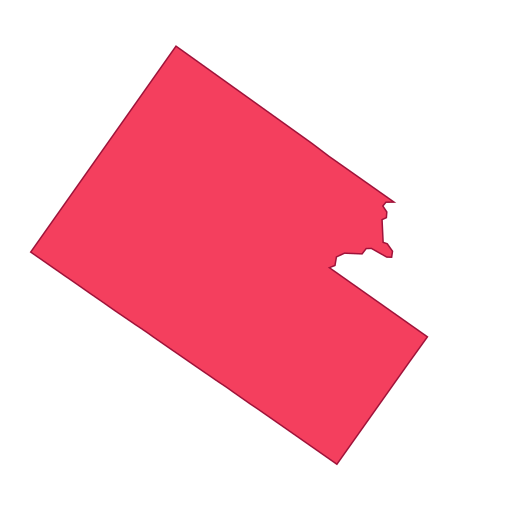 the district of Spokane, Washington, United States of America, rotated 125°
{"feature_id": "52423323B30314962478279", "entity_name": "Spokane", "entity_type": "district", "adm_level": 2, "iso_a3": "USA", "parent_name": "United States of America", "parent_adm1": "Washington", "projection": "orthographic", "projection_center": [-117.293, 47.654], "detail": "fine", "context": "isolated", "style": "filled", "palette": "rose", "viewbox_px": 512, "rotation_deg": 125, "n_neighbors": 0, "source": "geoboundaries", "source_scale": "gbopen_adm2", "svg_char_len": 863}
<svg xmlns="http://www.w3.org/2000/svg" viewBox="0 0 512 512"><g transform="rotate(125 256 256)"><path d="M380.2,70.3L255.0,69.6L223.9,69.2L223.5,189.2L218.4,185.9L210.6,189.6L202.9,185.1L193.4,170.3L186.7,170.0L183.6,165.8L181.9,148.3L179.2,144.2L173.8,146.9L170.7,155.5L171.9,159.7L153.9,173.6L149.8,171.2L144.9,174.1L142.3,180.8L137.4,180.4L132.7,173.9L132.5,253.7L131.7,274.0L130.7,371.2L130.0,441.9L382.0,442.8L381.9,401.1L381.8,392.2L381.8,388.0L381.8,376.6L381.8,370.2L381.7,359.6L381.7,346.1L381.7,339.2L381.4,318.1L381.4,315.7L381.3,313.1L381.1,301.2L381.2,293.6L381.1,270.2L380.9,244.3L380.9,243.5L380.9,241.9L380.8,230.9L380.7,223.2L380.7,217.2L380.6,213.1L380.6,212.6L380.4,205.1L380.4,203.2L380.4,202.5L380.5,196.7L380.5,176.0L380.3,168.1L380.2,111.6L380.2,107.8L380.2,102.5L380.2,70.3Z" fill="#f43f5e" stroke="#9f1239" stroke-width="1.5"/></g></svg>